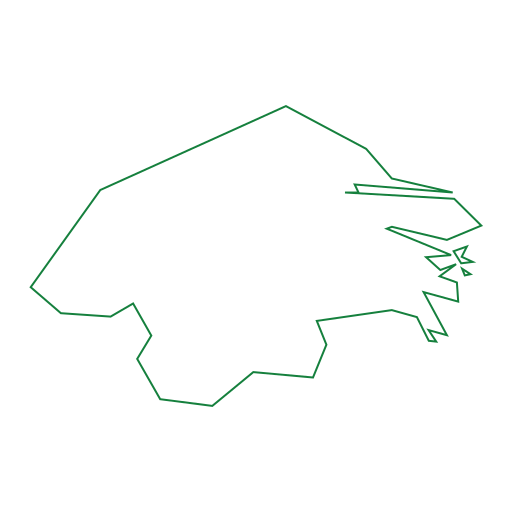 Östergötland, Natural Earth projection
{"feature_id": "SWE-184", "entity_name": "Östergötland", "entity_type": "County", "adm_level": 1, "iso_a3": "SWE", "parent_name": "Sweden", "parent_adm1": "", "projection": "natural_earth1", "projection_center": [16.243, 58.361], "detail": "coarse", "context": "isolated", "style": "outline", "palette": "green", "viewbox_px": 512, "rotation_deg": 0, "n_neighbors": 0, "source": "natural_earth", "source_scale": "10m", "svg_char_len": 727}
<svg xmlns="http://www.w3.org/2000/svg" viewBox="0 0 512 512"><path d="M452.7,192.5L354.7,184.5L358.5,192.5L345.0,192.5L454.2,198.8L481.3,225.6L446.9,239.9L391.9,226.8L386.8,228.7L451.1,255.1L426.1,257.2L440.3,270.0L456.1,264.2L439.6,276.3L456.9,282.5L458.2,301.6L423.6,292.1L446.9,335.2L428.6,330.1L436.2,341.6L428.8,340.8L416.9,317.1L391.8,310.1L316.8,320.9L326.4,344.7L313.0,377.5L253.3,372.1L212.3,405.9L160.2,399.2L137.2,358.9L151.3,335.6L133.1,303.5L110.6,316.6L60.9,313.2L30.7,287.2L100.3,190.0L285.9,106.1L366.2,148.9L391.8,178.5L452.7,192.5ZM472.7,261.9L461.2,263.3L453.6,251.2L466.9,246.5L461.7,256.8L472.7,261.9ZM462.1,268.7L470.5,274.2L464.8,275.4L462.1,268.7Z" fill="none" stroke="#15803d" stroke-width="2"/></svg>